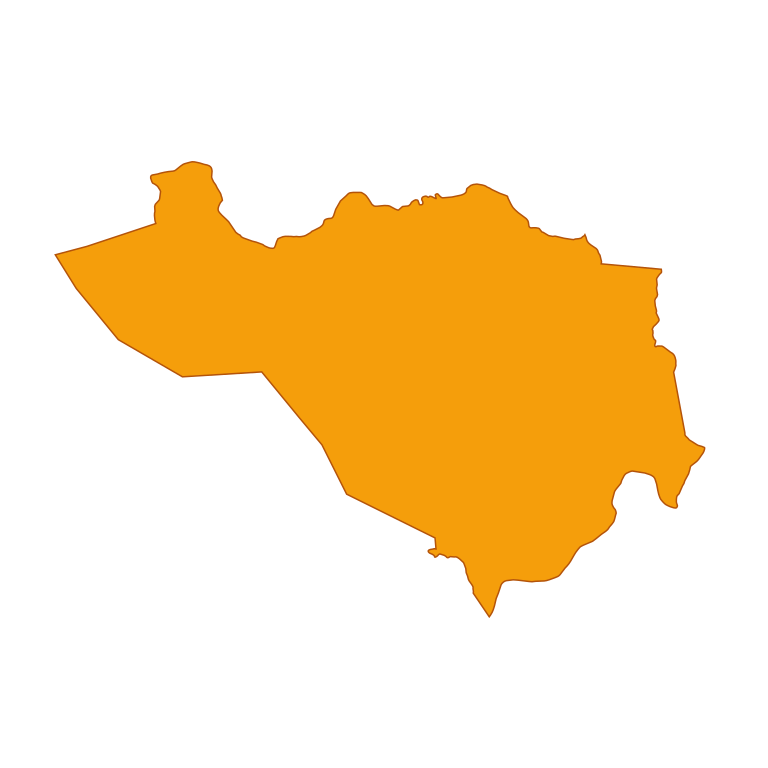 outline of El Corpus, Choluteca, Honduras, rotated 83°
{"feature_id": "27666195B38689641379995", "entity_name": "El Corpus", "entity_type": "district", "adm_level": 2, "iso_a3": "HND", "parent_name": "Honduras", "parent_adm1": "Choluteca", "projection": "albers", "projection_center": [-87.027, 13.288], "detail": "fine", "context": "isolated", "style": "filled", "palette": "amber", "viewbox_px": 768, "rotation_deg": 83, "n_neighbors": 0, "source": "geoboundaries", "source_scale": "gbopen_adm2", "svg_char_len": 6131}
<svg xmlns="http://www.w3.org/2000/svg" viewBox="0 0 768 768"><g transform="rotate(83 384 384)"><path d="M260.3,166.4L261.2,167.1L262.0,168.9L263.0,170.2L263.3,171.1L263.5,173.3L263.4,176.4L263.8,178.2L263.4,180.0L261.3,187.5L258.3,195.5L258.1,196.3L258.1,198.5L256.8,202.5L252.9,207.5L252.3,208.8L248.8,210.9L248.3,211.5L247.9,212.7L247.5,214.0L247.1,216.6L247.0,218.8L246.7,219.8L246.0,220.5L245.1,220.9L241.0,221.0L239.6,221.3L238.4,221.9L237.2,222.7L236.1,223.8L230.3,229.9L227.3,232.5L224.7,234.4L223.1,235.2L220.4,236.3L214.5,238.3L213.0,238.5L212.6,238.7L211.7,240.2L208.9,245.7L208.1,247.0L204.2,253.2L202.5,255.3L201.2,257.5L200.1,258.8L199.4,259.9L198.4,262.3L196.9,267.4L196.9,271.1L197.5,273.7L200.1,277.8L200.8,278.2L203.1,278.9L204.1,279.7L205.2,281.7L205.9,284.3L206.7,293.7L206.4,303.0L206.1,303.8L205.7,304.4L204.2,305.8L202.2,307.2L201.8,307.7L201.7,308.4L202.0,309.4L202.6,310.1L206.1,309.6L206.3,309.8L205.8,310.8L203.9,313.7L203.4,314.8L203.3,315.8L203.9,316.8L204.0,317.3L203.8,317.9L203.1,318.5L202.8,319.1L202.6,319.9L202.7,321.0L202.9,322.0L203.2,322.8L203.7,323.4L204.3,323.8L205.1,324.0L205.9,324.0L207.8,323.3L209.0,323.3L209.9,323.6L210.5,324.3L210.7,325.5L210.3,326.9L209.7,327.1L206.6,327.8L206.0,328.0L205.6,328.4L205.3,329.0L205.1,330.4L205.6,332.0L206.7,334.1L207.3,334.8L208.9,336.0L210.0,337.6L210.2,338.5L210.1,343.8L210.3,344.3L213.0,348.2L213.2,348.7L212.8,349.6L211.9,351.3L208.1,356.7L207.5,358.3L206.9,361.8L206.7,369.0L206.5,370.9L206.2,372.0L204.4,374.0L198.1,377.0L195.1,378.7L193.5,380.1L191.9,382.1L191.2,383.1L190.9,384.6L190.1,391.4L190.1,394.4L190.4,395.5L191.0,396.6L192.8,398.9L197.0,404.9L204.7,410.6L210.8,413.5L212.2,414.5L212.8,415.3L213.1,416.2L213.0,418.7L213.1,420.2L213.4,421.6L213.9,422.7L214.3,423.2L214.9,423.6L217.3,424.6L218.5,425.4L219.5,426.6L220.7,428.5L222.8,434.2L223.7,437.0L224.8,438.5L226.9,443.3L227.4,445.2L227.6,448.2L227.5,450.4L226.9,452.9L226.8,455.6L226.2,458.2L225.4,463.9L225.5,466.4L226.3,469.6L226.9,471.5L227.2,471.8L228.0,472.2L229.3,473.1L233.6,475.1L235.2,476.1L235.7,476.9L235.8,477.9L235.3,480.3L234.7,481.8L233.4,484.0L232.3,485.8L230.9,487.2L230.3,488.3L227.7,493.4L226.1,497.5L221.9,505.8L220.5,507.7L218.9,508.5L217.3,510.7L215.4,512.6L203.9,518.5L201.0,520.8L196.7,524.4L193.7,526.5L192.2,527.2L191.1,527.4L189.8,527.3L188.6,526.9L187.2,526.3L184.2,524.4L182.0,522.0L179.3,522.2L177.1,522.7L176.4,522.7L174.8,523.1L169.0,525.7L165.8,526.8L162.5,528.6L159.0,529.7L157.6,529.9L151.7,528.7L149.6,528.8L148.2,529.2L147.2,529.8L146.2,530.8L145.1,532.8L144.1,535.7L142.3,539.7L141.5,541.9L140.5,544.9L140.1,546.9L140.1,548.3L140.6,552.0L141.1,555.2L141.5,556.6L142.8,559.1L146.3,564.7L146.8,565.9L147.0,567.5L146.9,572.1L147.1,576.2L147.5,580.2L148.0,583.1L148.3,588.1L148.6,589.3L149.1,589.9L149.8,590.3L151.3,590.5L154.7,589.8L156.1,589.3L156.6,588.9L157.2,587.9L158.2,586.6L160.2,584.6L164.2,582.7L165.2,582.4L165.7,582.3L172.3,584.0L173.4,584.4L174.2,584.9L177.8,589.1L179.8,590.0L184.7,590.3L186.4,590.9L188.8,591.3L193.2,591.4L195.3,591.2L196.9,590.9L211.2,662.1L215.7,694.5L251.7,677.8L307.6,642.3L352.3,583.2L357.1,503.9L407.4,472.0L436.8,453.0L488.8,434.5L543.0,352.1L554.1,352.5L553.6,354.1L553.8,355.8L553.9,358.3L554.3,359.7L554.8,360.3L555.3,360.5L556.2,360.3L557.1,359.6L557.6,359.0L558.9,356.8L560.0,355.5L560.8,354.9L561.6,354.9L561.9,354.8L562.1,354.1L561.8,353.2L561.2,352.0L559.9,350.5L559.6,349.7L559.5,349.2L561.4,345.1L562.6,343.6L563.8,342.7L564.1,342.2L564.2,341.7L564.1,341.1L563.4,339.3L564.2,335.4L564.3,333.7L565.0,332.3L566.7,330.4L570.6,327.1L571.3,326.7L572.4,326.4L577.1,325.3L581.3,325.4L584.7,324.5L588.4,324.0L590.2,323.3L592.5,322.0L594.7,320.9L596.1,320.4L596.9,320.4L598.1,320.6L600.6,320.5L602.5,320.9L627.9,307.9L626.4,306.5L623.8,304.5L621.4,303.1L617.9,301.5L610.6,298.8L605.5,296.0L597.7,292.3L596.4,291.3L595.0,289.4L594.4,288.0L594.1,286.5L594.1,279.6L595.0,275.0L597.7,264.1L598.3,261.2L598.3,257.7L599.0,249.0L598.9,246.6L598.4,243.7L597.1,238.1L596.2,234.9L595.6,233.7L594.7,232.5L588.9,226.9L587.0,224.6L585.0,222.5L582.6,220.4L577.0,216.2L574.6,214.3L571.8,211.6L569.8,209.4L569.2,208.3L568.3,205.9L565.5,196.1L562.8,191.5L559.7,186.6L557.1,181.7L555.8,179.8L555.1,179.1L553.3,177.6L550.5,174.5L548.5,172.7L546.2,171.6L542.1,170.0L540.6,169.3L539.3,169.3L537.5,169.6L536.7,169.9L534.9,171.0L533.5,171.6L531.6,172.2L530.1,172.3L527.6,171.8L519.4,168.5L518.5,168.0L516.9,166.7L511.5,161.1L508.4,159.7L504.2,156.8L502.9,155.5L502.2,154.3L501.0,150.6L500.7,148.9L500.7,148.0L504.1,136.0L506.3,131.3L507.2,129.8L508.1,128.7L508.8,127.9L509.7,127.3L510.9,126.7L512.3,126.4L516.5,125.6L523.0,125.2L526.8,124.8L530.1,124.1L531.4,123.7L532.5,123.2L534.8,121.7L536.9,120.1L538.0,119.0L539.2,117.3L540.6,115.0L542.1,111.7L542.6,109.9L542.6,109.2L542.4,108.7L541.6,108.0L540.7,107.6L539.8,107.7L538.0,108.1L536.7,108.2L533.8,107.8L531.5,107.2L530.4,106.4L529.3,105.0L528.7,104.4L521.4,100.1L519.4,98.5L516.6,97.2L510.3,92.7L506.4,91.0L503.3,89.9L502.9,89.5L501.9,88.0L498.9,83.0L497.2,81.0L491.2,75.6L489.6,74.6L487.8,73.8L486.5,73.5L486.0,73.8L484.7,76.1L483.1,79.9L481.5,81.9L476.7,87.8L475.1,88.8L472.4,91.0L471.5,91.4L470.4,91.5L469.4,91.3L407.5,95.1L404.5,93.4L401.3,92.0L399.3,91.9L397.5,91.6L396.0,91.5L393.4,91.8L391.7,92.2L390.3,92.8L388.9,93.8L387.2,95.9L381.4,101.9L380.5,103.1L380.2,103.8L379.7,107.4L379.7,108.2L380.1,109.3L380.1,109.8L379.8,110.3L379.1,110.6L377.9,110.4L375.9,109.5L374.4,109.1L373.7,109.3L372.9,110.1L372.3,110.5L369.3,111.3L367.8,111.3L366.3,110.8L364.5,110.7L363.5,110.7L362.6,111.1L362.3,111.1L359.9,109.5L357.6,106.4L355.7,104.3L354.7,103.4L353.9,103.2L352.6,103.3L346.7,105.2L346.4,105.2L345.5,104.7L344.0,104.6L339.6,105.2L334.2,105.1L332.4,104.2L330.5,102.4L328.6,101.6L322.6,101.9L321.4,101.7L319.8,101.1L318.8,100.8L313.2,100.7L312.4,100.4L310.8,99.1L308.8,97.2L307.2,95.1L306.0,94.8L303.9,94.8L291.2,153.8L289.9,153.4L288.9,153.2L282.8,153.9L282.1,154.1L281.0,154.7L280.0,155.1L277.3,155.7L276.4,156.2L275.3,157.0L271.5,161.4L269.7,163.2L268.5,164.1L267.3,164.7L266.1,165.2L263.1,165.6L260.3,166.4Z" fill="#f59e0b" stroke="#b45309" stroke-width="1.5"/></g></svg>